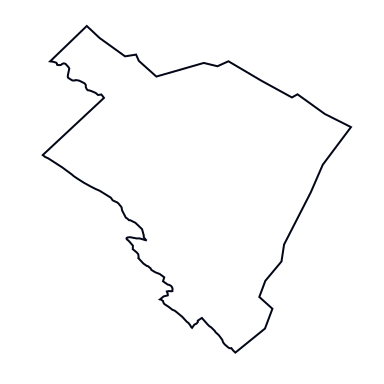 outline of Hardy, West Virginia, United States of America, rotated 95°
{"feature_id": "52423323B33103452466662", "entity_name": "Hardy", "entity_type": "district", "adm_level": 2, "iso_a3": "USA", "parent_name": "United States of America", "parent_adm1": "West Virginia", "projection": "orthographic", "projection_center": [-78.78, 39.0], "detail": "fine", "context": "isolated", "style": "outline", "palette": "ink", "viewbox_px": 384, "rotation_deg": 95, "n_neighbors": 0, "source": "geoboundaries", "source_scale": "gbopen_adm2", "svg_char_len": 2038}
<svg xmlns="http://www.w3.org/2000/svg" viewBox="0 0 384 384"><g transform="rotate(95 192 192)"><path d="M74.2,344.7L74.4,341.4L75.0,338.6L75.9,337.7L77.0,337.5L77.2,336.7L77.0,334.1L76.6,333.3L75.7,332.4L75.0,330.9L75.4,329.1L78.4,325.9L79.6,325.0L86.3,325.8L88.2,325.8L89.2,325.1L91.3,320.9L91.1,318.3L90.6,317.6L90.9,314.1L93.1,308.5L94.5,307.2L96.9,306.9L98.9,305.7L99.6,304.8L99.8,304.3L99.7,303.3L100.3,300.8L101.7,296.6L103.4,294.3L103.5,293.8L102.8,290.9L103.9,289.7L105.9,287.9L168.2,343.9L169.9,341.3L171.0,338.2L178.8,323.4L185.3,312.8L186.7,310.9L189.2,306.3L192.3,300.3L195.3,293.5L197.4,288.3L198.8,284.1L204.8,272.3L207.1,270.4L207.8,268.8L208.9,265.6L209.9,264.2L213.3,260.9L216.5,260.0L223.3,255.7L224.2,254.0L225.6,252.3L225.5,251.1L227.6,245.7L233.4,238.5L239.7,236.2L240.8,236.2L241.6,235.8L243.6,234.0L244.3,232.9L243.0,239.0L242.8,240.7L242.9,241.5L242.9,241.8L243.1,243.0L242.4,249.7L242.9,252.2L243.5,253.1L244.2,253.2L244.7,252.9L246.5,250.4L250.6,246.2L254.1,246.0L257.1,241.7L258.7,240.1L262.0,239.4L262.5,239.7L267.4,234.3L269.5,230.8L269.8,229.3L271.7,226.6L273.2,225.6L275.2,221.5L276.5,217.0L279.4,212.2L283.5,213.1L286.4,208.0L286.5,206.6L287.3,204.9L287.9,204.1L289.8,203.0L292.4,202.9L292.7,203.8L292.7,206.3L293.3,208.4L295.5,207.3L297.1,207.1L298.5,211.2L301.8,214.5L302.0,213.2L303.2,211.3L304.6,210.9L306.0,209.8L308.3,205.5L311.1,201.1L311.6,199.2L312.4,197.8L317.3,190.7L321.7,185.9L322.8,184.1L325.1,182.0L326.4,181.2L327.3,180.1L323.8,178.0L322.7,176.0L320.9,174.8L320.0,175.1L319.6,174.9L316.6,171.2L322.5,165.0L324.1,163.1L325.3,160.9L328.6,157.0L329.6,156.4L330.3,155.4L332.3,152.8L336.6,149.0L339.1,147.9L341.0,146.1L344.0,141.9L344.4,140.3L344.1,139.2L346.3,137.2L348.2,134.8L321.7,107.4L301.3,101.7L290.7,115.8L274.1,111.2L253.4,96.8L236.3,95.7L181.9,73.6L153.4,64.1L113.5,39.3L102.7,66.5L85.5,95.4L89.1,100.7L75.0,132.8L58.6,167.1L64.5,177.6L62.4,191.5L80.1,237.6L66.0,256.4L60.0,259.7L62.7,270.5L46.7,297.4L35.8,311.3L74.2,344.7Z" fill="none" stroke="#020617" stroke-width="2"/></g></svg>